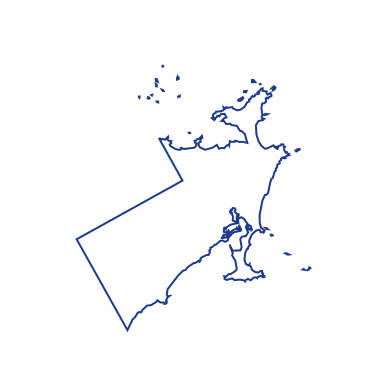 the district of Lower Eyre Peninsula, South Australia, Australia, rotated 241°
{"feature_id": "25037944B64122646541538", "entity_name": "Lower Eyre Peninsula", "entity_type": "district", "adm_level": 2, "iso_a3": "AUS", "parent_name": "Australia", "parent_adm1": "South Australia", "projection": "mercator", "projection_center": [135.614, -34.488], "detail": "fine", "context": "isolated", "style": "outline", "palette": "blue", "viewbox_px": 384, "rotation_deg": 241, "n_neighbors": 0, "source": "geoboundaries", "source_scale": "gbopen_adm2", "svg_char_len": 6136}
<svg xmlns="http://www.w3.org/2000/svg" viewBox="0 0 384 384"><g transform="rotate(241 192 192)"><path d="M102.5,68.6L109.1,77.8L110.3,81.9L112.5,85.6L112.7,87.5L111.4,89.2L112.9,91.5L114.4,97.7L112.9,101.4L113.2,107.4L114.0,109.2L110.9,110.7L108.9,113.8L107.5,113.5L107.0,115.6L108.3,116.8L108.7,116.2L109.7,116.8L111.7,119.5L112.0,121.7L112.7,120.0L114.8,120.3L118.9,123.7L125.7,139.5L127.5,145.7L127.0,148.4L128.4,152.3L129.0,159.2L128.3,160.3L128.6,164.2L127.2,164.7L128.4,166.8L129.3,166.6L130.1,168.4L129.8,174.3L128.9,176.0L130.8,178.7L132.5,178.7L132.8,180.2L134.3,181.1L134.1,183.8L134.9,186.3L134.4,187.7L135.6,192.9L134.7,195.3L132.6,196.6L132.2,197.9L132.3,199.9L134.0,201.1L136.2,206.8L136.4,209.4L134.5,215.7L135.2,216.7L140.6,217.2L137.1,215.7L137.2,214.8L135.8,215.3L136.5,214.3L139.0,214.1L138.1,212.9L138.6,212.6L138.7,208.3L137.7,206.7L138.9,205.5L140.6,205.3L139.3,203.9L137.3,204.4L134.9,202.0L135.4,201.2L136.7,201.8L135.6,199.8L136.5,197.7L136.8,199.2L136.8,196.5L137.4,195.9L139.2,199.0L138.2,200.8L138.4,203.0L140.3,203.1L140.7,201.3L141.8,200.5L145.0,202.7L144.8,203.6L143.1,203.7L144.4,205.0L144.7,210.1L142.4,217.6L150.1,220.6L148.3,218.8L144.5,217.0L144.9,215.6L147.3,213.8L151.0,216.2L152.1,216.0L154.4,216.8L156.3,216.7L154.7,216.5L155.5,216.2L155.2,215.6L156.6,215.7L157.7,217.8L157.0,218.5L158.2,219.8L157.0,221.6L155.3,221.4L154.0,219.8L151.1,220.6L150.2,222.0L148.6,221.4L148.1,220.2L146.1,220.1L146.0,222.9L143.6,224.4L136.3,225.2L133.8,226.8L130.1,226.3L129.8,225.3L132.2,226.0L131.4,224.9L131.7,223.3L134.7,223.6L134.2,224.4L135.0,225.3L136.0,224.0L136.9,224.4L134.9,222.0L129.4,221.5L127.3,217.6L128.7,214.4L128.1,212.3L127.2,211.3L119.7,208.7L117.5,206.1L121.0,199.0L127.9,199.3L118.7,198.0L117.0,196.3L110.8,196.6L103.3,194.0L102.2,192.9L101.7,190.1L101.5,185.8L102.4,184.3L101.5,181.0L102.6,179.3L101.1,179.4L100.5,178.4L98.4,179.4L96.9,185.3L94.4,186.4L91.9,191.8L89.4,194.7L88.0,195.0L88.9,196.4L88.9,198.8L86.3,200.6L87.2,204.3L86.5,206.4L85.1,207.2L85.7,207.7L85.5,211.5L83.0,212.7L82.5,214.2L83.4,214.6L84.8,213.5L86.2,214.6L87.0,214.0L88.9,215.0L89.6,213.7L89.5,210.7L91.7,208.2L95.1,206.6L97.9,207.3L99.9,206.8L101.0,207.5L100.5,205.6L103.1,204.2L107.3,205.0L112.9,209.0L115.7,212.8L115.3,213.4L117.3,215.4L117.4,217.6L119.5,217.3L121.9,218.6L125.8,223.7L127.1,228.8L126.7,231.7L125.5,232.9L123.4,232.5L122.7,234.9L121.8,235.0L122.6,236.3L123.4,237.0L127.3,235.0L132.7,236.5L139.1,240.0L150.3,249.4L154.0,254.2L153.5,255.8L154.3,258.1L162.6,265.2L165.1,268.0L164.8,269.0L170.0,274.6L170.2,275.8L171.9,276.8L172.2,278.2L174.5,279.8L174.6,282.7L176.3,283.0L177.0,285.7L178.1,286.1L178.2,288.2L176.7,288.9L176.4,290.2L177.7,289.8L177.2,294.7L177.8,294.2L178.5,295.2L179.2,294.1L181.0,294.3L181.1,293.0L183.6,292.9L185.7,293.8L186.4,295.2L187.3,294.3L189.3,295.0L190.4,293.4L189.8,292.8L190.1,289.9L188.3,287.7L189.7,286.6L190.7,287.8L191.4,286.0L193.3,285.9L193.7,278.8L194.5,276.8L198.8,275.1L204.0,274.8L211.2,276.3L219.5,280.3L221.8,284.5L220.5,289.2L221.0,290.6L222.6,289.0L223.8,289.3L225.7,291.2L231.1,293.0L234.7,295.6L235.4,296.6L234.5,298.1L235.2,300.7L238.1,301.8L238.3,303.1L237.0,304.1L237.7,305.2L237.4,308.0L238.1,308.5L240.6,308.5L240.4,305.5L242.5,305.1L243.6,306.1L246.3,302.8L248.4,304.1L248.8,302.7L247.7,300.3L247.5,298.0L246.3,298.8L245.5,297.9L246.6,294.8L245.3,293.0L245.9,291.5L246.6,291.5L246.5,290.5L245.1,288.4L245.3,286.7L243.5,286.1L243.6,283.6L241.0,279.1L240.5,274.3L241.4,271.3L245.1,268.4L246.7,268.3L248.5,263.7L249.5,263.3L248.7,261.7L250.8,260.7L248.9,260.2L248.3,259.1L248.5,256.6L250.6,251.9L249.7,251.1L249.9,249.2L249.1,247.5L247.4,247.0L247.1,245.2L244.1,246.3L244.3,247.3L245.6,247.7L245.4,249.5L246.3,250.8L246.0,252.0L244.9,252.5L246.1,255.1L244.5,258.4L240.6,258.3L240.9,255.8L239.8,252.3L238.6,254.2L234.7,255.0L233.2,258.5L231.5,258.9L228.1,263.3L222.0,263.7L221.2,264.9L217.2,266.3L208.1,264.2L211.3,260.7L212.6,258.0L216.0,254.6L215.2,254.0L216.3,251.4L218.1,249.7L214.8,247.2L215.6,247.3L215.8,245.1L214.7,241.3L216.1,239.7L216.7,236.6L221.1,236.6L220.8,231.6L222.5,224.1L227.0,220.6L230.1,220.6L232.0,221.8L231.7,223.9L233.9,224.7L234.3,227.3L236.3,227.9L235.1,224.1L235.8,222.1L235.0,220.7L235.5,219.1L233.9,218.6L231.9,219.4L230.1,217.4L229.7,215.2L233.6,205.6L235.8,204.2L235.9,203.5L234.6,202.9L235.2,201.0L237.9,198.1L242.7,195.4L244.4,195.6L244.7,197.5L245.8,197.3L246.6,198.5L248.2,196.5L249.5,196.0L250.8,196.3L251.1,197.6L252.0,197.9L250.8,193.8L252.7,192.1L252.6,190.7L254.4,189.9L254.4,189.2L206.6,189.2L206.6,68.2L102.5,68.6ZM248.2,279.8L249.2,282.3L250.3,282.4L250.2,277.1L249.4,276.7L248.4,277.9L248.2,279.8ZM241.7,312.1L241.9,314.6L243.1,315.8L244.8,314.9L244.0,311.8L243.1,313.6L241.7,312.1ZM257.4,300.6L260.1,300.1L260.9,298.8L259.0,297.6L257.4,300.6ZM176.9,302.8L177.0,307.7L178.3,304.8L178.1,302.6L176.9,302.8ZM304.8,215.5L307.6,216.0L308.4,215.0L306.3,214.3L304.8,215.5ZM254.2,285.8L253.0,287.6L253.9,288.7L255.0,286.3L254.2,285.8ZM299.7,235.1L298.9,234.0L297.5,233.4L297.2,235.0L297.9,235.6L298.6,235.7L298.5,234.7L299.7,235.1ZM90.2,246.7L93.0,244.6L93.2,243.8L90.7,245.4L90.2,246.7ZM294.6,200.3L295.9,200.1L296.4,199.6L295.4,198.6L294.5,199.3L294.6,200.3ZM301.4,212.5L303.0,213.2L304.1,212.7L301.9,211.8L301.4,212.5ZM114.9,241.5L116.0,241.3L116.4,240.2L115.3,240.1L114.9,241.5ZM282.1,228.0L282.2,226.2L281.6,226.0L281.3,227.5L282.1,228.0ZM286.7,205.9L287.7,206.2L288.2,205.0L287.1,205.2L286.7,205.9ZM70.6,252.4L70.5,251.3L69.3,252.8L70.6,252.4ZM224.6,293.8L223.5,294.8L223.5,295.7L224.6,293.8ZM67.9,254.5L67.4,256.4L68.0,256.8L67.9,254.5ZM294.1,216.2L295.1,216.2L296.1,215.3L294.5,215.4L294.1,216.2ZM122.7,240.4L123.9,240.0L124.7,239.0L123.4,239.4L122.7,240.4ZM299.8,191.6L300.9,192.5L301.2,191.9L300.3,191.4L299.8,191.6ZM253.5,302.8L253.0,304.2L253.4,304.3L253.5,302.8ZM67.9,258.5L68.5,258.7L69.1,258.0L68.3,257.7L67.9,258.5ZM224.0,293.4L224.7,293.6L224.6,292.2L224.4,292.2L224.0,293.4ZM245.4,217.9L244.9,217.9L244.5,218.9L245.1,218.9L245.4,217.9ZM295.8,203.7L296.3,204.3L296.5,203.4L295.8,203.7ZM315.8,227.7L316.6,227.7L316.6,227.2L315.9,227.0L315.8,227.7Z" fill="none" stroke="#1e3a8a" stroke-width="2"/></g></svg>